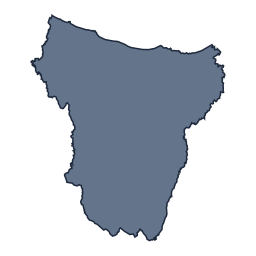 the district of Batang, Jawa Tengah, Indonesia
{"feature_id": "22746128B4894534477686", "entity_name": "Batang", "entity_type": "district", "adm_level": 2, "iso_a3": "IDN", "parent_name": "Indonesia", "parent_adm1": "Jawa Tengah", "projection": "equal_earth", "projection_center": [109.867, -7.032], "detail": "fine", "context": "isolated", "style": "filled", "palette": "slate", "viewbox_px": 256, "rotation_deg": 0, "n_neighbors": 0, "source": "geoboundaries", "source_scale": "gbopen_adm2", "svg_char_len": 5669}
<svg xmlns="http://www.w3.org/2000/svg" viewBox="0 0 256 256"><path d="M154.3,240.3L156.1,239.3L156.2,238.1L155.8,236.9L156.3,236.0L157.6,235.6L158.2,234.3L159.3,235.3L158.2,234.1L159.1,233.3L162.0,229.4L162.1,226.9L163.0,223.7L163.5,223.2L165.3,217.7L166.2,216.5L166.9,214.0L166.4,207.3L167.0,205.7L167.0,203.1L168.8,200.6L169.0,199.4L169.7,198.0L170.7,197.2L170.5,196.5L171.7,196.5L171.4,194.0L171.7,191.1L172.7,189.2L174.0,188.3L174.4,186.2L175.0,185.3L174.9,184.4L176.9,181.7L176.7,180.5L177.1,178.6L178.2,176.9L177.9,175.4L179.0,174.4L178.9,171.2L179.3,171.0L179.9,171.6L179.9,170.5L180.6,169.4L180.5,168.5L181.4,168.6L182.1,167.4L183.4,167.2L184.3,166.4L184.7,164.8L184.6,163.0L185.3,163.3L186.2,162.9L185.9,161.6L186.4,161.2L186.5,159.7L187.0,159.2L186.4,157.4L186.7,155.9L187.3,155.2L187.0,153.7L187.2,153.1L186.2,151.7L186.9,150.9L187.0,149.7L187.5,149.5L187.6,149.0L187.0,146.2L187.2,145.5L186.5,144.9L186.3,141.6L185.4,140.5L186.1,139.9L185.8,139.3L185.2,139.6L184.1,139.0L183.5,138.2L184.4,137.7L183.5,136.3L184.5,135.9L184.8,134.5L184.1,131.8L184.4,131.1L184.2,129.9L184.5,129.2L185.4,128.6L186.2,127.4L188.9,127.9L190.3,126.2L190.3,125.4L191.4,124.1L191.7,122.8L193.1,123.7L194.5,123.2L194.7,124.3L195.5,124.5L196.7,123.7L197.8,122.2L199.5,119.2L199.9,119.6L200.9,119.5L201.3,119.1L201.5,118.2L202.6,118.5L203.7,117.7L204.5,118.7L204.5,115.8L205.3,115.1L205.3,113.1L206.2,113.0L207.3,111.9L207.6,110.8L208.6,110.9L209.3,110.3L210.1,107.8L211.0,107.1L211.1,106.6L210.2,105.5L210.4,104.0L211.3,103.6L212.8,103.9L213.4,103.4L213.2,101.9L214.3,100.1L216.0,101.6L216.8,100.8L217.8,98.9L219.6,98.3L219.7,96.6L220.5,94.8L220.6,91.9L223.0,92.6L223.6,92.3L223.1,90.4L223.3,89.4L223.1,84.7L223.5,83.1L222.4,82.4L222.2,80.7L222.5,79.7L222.0,78.5L222.1,77.5L223.9,77.6L223.7,76.7L224.5,76.2L224.8,74.8L224.3,73.5L222.8,72.3L222.9,70.4L221.5,69.1L221.9,68.2L223.3,67.1L223.6,65.8L222.8,65.2L221.0,66.0L219.8,65.1L218.2,66.8L217.9,66.1L218.1,64.2L216.6,63.6L215.5,64.0L215.0,63.4L215.0,62.7L215.8,60.5L215.7,59.3L213.3,58.0L213.5,57.2L217.0,55.1L218.1,53.6L218.9,53.6L219.0,54.9L219.4,54.8L220.6,52.0L217.5,48.9L217.5,49.7L216.2,49.3L214.7,49.7L214.5,46.7L213.4,47.5L211.8,47.5L211.9,47.0L212.9,45.8L212.0,44.7L201.6,50.7L195.0,52.9L192.0,53.0L191.0,53.6L189.5,53.3L188.7,53.9L187.6,53.6L186.8,52.8L184.5,53.7L182.6,53.0L181.7,53.4L180.5,52.9L180.2,52.0L179.6,52.0L179.3,51.3L178.6,50.7L178.2,51.0L173.4,50.5L172.2,50.8L171.0,50.0L171.1,48.9L170.8,48.5L170.6,49.0L170.1,48.7L168.9,49.1L167.4,48.7L166.7,47.8L163.5,47.9L161.7,46.0L160.5,45.6L154.5,48.5L148.6,49.6L142.7,49.5L131.3,47.6L127.7,46.2L125.1,44.5L117.7,41.5L113.3,41.1L105.3,39.6L99.1,36.7L96.7,33.8L96.5,32.7L95.6,31.9L95.4,31.3L95.0,31.7L94.5,31.0L94.1,31.2L93.0,30.5L92.3,31.0L88.5,29.9L86.0,29.7L76.2,26.7L70.2,23.4L70.2,21.7L68.6,21.7L68.6,22.2L67.6,22.5L65.6,22.1L62.3,20.7L60.0,19.0L59.4,19.2L55.4,17.4L52.0,15.4L52.1,16.3L51.4,17.1L50.9,18.5L49.9,17.8L49.5,18.5L48.2,22.6L50.4,25.4L50.6,26.1L49.6,29.5L49.3,29.8L48.8,29.5L48.4,30.2L48.7,31.3L48.3,31.5L48.4,31.9L47.9,33.1L48.2,33.4L47.4,33.9L47.0,35.8L46.5,36.3L46.7,38.2L47.7,38.5L47.5,40.2L46.7,40.9L46.6,41.4L45.9,41.4L45.8,42.2L45.3,42.1L45.2,43.7L44.7,43.7L44.6,44.2L43.8,44.4L43.7,45.4L42.1,45.8L42.1,46.8L42.7,48.3L42.5,50.2L43.2,51.7L42.8,53.1L43.0,53.6L42.5,54.5L42.8,55.0L42.4,56.8L38.8,60.1L38.2,58.5L35.2,58.6L35.0,58.8L35.2,59.3L35.1,60.4L33.8,60.4L35.2,60.8L35.0,61.3L33.5,61.4L32.5,60.6L31.2,61.5L31.4,62.6L33.1,63.1L32.1,64.7L32.8,65.6L33.2,65.8L33.9,64.8L35.2,65.8L34.8,66.4L34.4,66.4L34.4,66.9L35.6,67.3L35.6,70.3L36.5,72.5L37.5,73.1L37.5,74.4L37.9,74.4L38.3,73.7L38.2,72.4L38.4,72.1L39.3,72.5L39.7,73.6L40.3,73.6L40.4,75.0L41.3,75.0L41.1,76.6L41.7,77.6L41.2,79.0L42.3,79.1L43.0,80.9L44.1,82.3L46.2,81.8L46.2,84.0L47.1,86.2L46.4,88.0L47.6,88.8L47.2,91.0L48.2,92.0L48.5,93.6L48.1,95.5L48.5,96.7L49.7,97.0L50.1,96.6L50.7,97.2L51.4,97.0L52.3,97.7L53.4,96.4L55.8,96.7L56.4,97.6L56.5,99.1L57.6,100.4L58.3,101.9L58.4,103.4L60.0,106.4L60.4,107.8L62.5,108.6L63.4,108.3L65.9,105.1L66.1,103.7L67.3,102.8L69.3,105.6L68.9,106.3L68.6,109.3L68.7,109.9L69.6,110.7L69.1,114.1L69.7,115.7L70.4,116.4L71.6,120.0L72.4,120.9L73.3,122.9L73.4,124.9L74.2,125.3L74.8,126.9L74.8,129.2L73.7,130.0L73.3,131.6L72.4,131.5L71.8,132.1L72.9,134.0L72.8,134.8L71.1,135.8L70.9,136.3L71.8,137.8L73.0,138.2L72.8,142.5L72.1,143.5L73.2,143.8L73.2,144.2L72.9,145.0L72.1,145.1L71.9,145.7L73.0,145.9L73.4,146.7L73.6,148.1L74.7,149.7L73.2,150.7L74.3,151.2L74.0,152.2L74.4,152.4L74.6,153.5L74.4,154.8L73.3,155.3L73.9,157.7L72.7,159.8L72.4,162.4L71.8,162.8L72.3,163.9L71.3,163.2L70.5,163.6L70.9,165.1L70.7,166.0L71.9,166.2L71.7,167.0L71.9,167.9L71.5,167.8L70.9,168.8L70.4,168.8L69.2,169.9L68.1,172.7L66.9,172.8L64.6,174.3L64.7,175.7L66.2,179.4L66.9,182.3L72.3,183.2L73.8,184.9L76.6,185.8L77.7,185.7L78.8,184.7L80.2,185.4L81.3,185.5L81.6,187.9L82.6,188.8L82.3,190.3L82.8,192.1L82.3,192.8L82.6,193.1L82.6,193.9L81.9,196.3L82.4,196.9L82.4,197.9L80.8,201.3L80.8,202.5L81.6,204.5L82.1,204.4L83.0,205.2L83.9,208.9L84.5,209.6L84.1,210.7L84.9,212.1L84.6,212.8L85.3,212.9L85.4,213.8L87.3,216.0L87.6,217.7L89.4,220.0L92.8,221.2L94.2,222.1L94.7,223.3L97.1,224.2L103.8,230.1L105.7,229.0L106.4,229.4L109.0,231.5L110.3,234.2L112.6,236.1L115.1,235.3L117.1,233.8L117.4,232.2L118.3,232.2L119.1,231.3L119.0,230.1L120.0,228.1L120.4,227.9L124.3,231.2L129.8,234.5L133.4,234.0L134.9,237.0L137.2,235.6L137.4,234.2L137.0,232.6L138.3,232.0L139.5,230.2L139.9,228.5L140.1,229.5L141.0,230.0L141.2,230.6L141.8,230.4L143.7,233.6L146.1,236.3L147.1,239.3L149.6,240.6L151.5,239.7L152.5,240.0L153.5,239.2L153.6,238.4L155.5,237.0L155.6,238.6L154.3,240.3Z" fill="#64748b" stroke="#1e293b" stroke-width="1.5"/></svg>